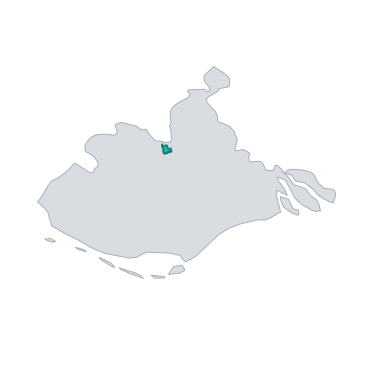 Lingewaard, Gelderland, Netherlands (highlighted), rotated 212°
{"feature_id": "6326949B2884966550009", "entity_name": "Lingewaard", "entity_type": "district", "adm_level": 2, "iso_a3": "NLD", "parent_name": "Netherlands", "parent_adm1": "Gelderland", "projection": "equal_earth", "projection_center": [5.93, 51.907], "detail": "fine", "context": "in_parent", "style": "filled", "palette": "teal", "viewbox_px": 384, "rotation_deg": 212, "n_neighbors": 0, "source": "geoboundaries", "source_scale": "gbopen_adm2", "svg_char_len": 4893}
<svg xmlns="http://www.w3.org/2000/svg" viewBox="0 0 384 384"><g transform="rotate(212 192 192)"><path d="M240.0,309.9L233.3,309.8L227.0,309.6L223.7,309.2L220.2,307.9L218.5,305.3L216.6,302.1L217.1,300.2L223.0,294.7L223.9,293.2L223.3,292.4L223.9,290.0L228.4,281.9L229.0,278.6L227.0,276.3L224.1,275.0L214.6,272.6L210.1,269.2L208.1,266.2L206.0,265.4L202.9,266.4L195.1,267.5L188.7,265.9L181.3,260.3L179.5,255.3L178.7,251.4L176.8,250.1L174.3,252.1L171.1,255.2L164.8,255.5L163.0,254.8L162.7,253.1L162.3,251.4L160.6,249.4L158.8,248.3L150.7,254.0L147.8,254.0L144.0,251.8L142.2,249.6L138.1,250.9L134.4,253.5L135.6,258.6L133.6,259.5L129.1,259.0L123.9,256.9L118.2,255.7L109.6,252.2L97.4,255.0L89.1,251.7L82.1,251.4L77.8,248.7L73.2,244.2L76.5,241.2L79.8,240.2L92.6,239.6L101.8,241.4L118.4,251.2L122.7,251.1L127.2,249.9L124.9,247.2L120.8,245.9L114.6,243.3L109.6,239.6L121.3,238.4L119.7,236.5L118.2,233.2L106.1,221.9L108.2,218.8L111.4,212.2L115.3,206.7L118.4,205.3L123.4,201.4L134.5,190.1L141.5,180.9L146.8,170.0L154.6,140.0L156.9,135.0L160.6,129.3L165.1,130.4L168.3,132.0L179.5,127.8L198.8,116.8L204.5,107.2L210.0,102.8L232.1,94.2L244.3,91.7L263.0,91.0L276.6,89.5L292.9,88.9L299.1,94.2L302.7,98.1L308.5,100.2L317.5,101.7L317.1,109.4L317.3,124.6L316.6,127.3L312.6,133.7L308.4,145.3L307.3,152.9L306.1,154.4L288.9,154.3L286.4,155.7L286.1,157.3L287.0,159.3L286.6,161.2L285.2,162.8L286.0,165.3L289.0,168.2L294.4,170.0L300.3,170.2L303.2,169.8L305.5,171.9L307.6,175.1L307.5,179.1L306.7,184.4L304.0,189.4L296.1,195.1L292.5,197.1L289.2,198.1L287.6,199.7L286.8,201.6L287.0,203.3L292.7,207.9L292.6,208.9L290.9,211.3L288.8,213.6L274.1,218.3L268.1,217.9L264.6,220.3L263.6,220.7L259.7,218.6L251.2,216.1L248.0,216.9L246.2,218.3L240.8,219.9L237.0,222.5L237.0,225.8L243.8,234.4L246.2,236.1L246.3,239.3L249.6,243.4L253.0,248.5L253.4,251.7L253.0,254.9L251.2,259.6L245.3,270.4L245.3,272.5L245.8,274.1L247.8,274.5L249.3,275.4L248.9,276.8L237.8,284.4L236.3,285.7L231.7,285.3L231.0,286.6L231.6,288.6L233.4,290.4L237.4,291.3L240.8,293.3L243.5,297.0L240.0,309.9ZM123.9,256.9L122.9,260.1L120.4,263.5L111.6,268.5L102.5,271.8L97.8,271.4L94.6,269.7L92.9,267.9L88.1,266.1L81.4,265.3L77.3,267.1L74.3,268.9L71.7,268.6L69.8,267.1L68.3,264.9L66.5,257.7L71.4,256.4L82.2,255.9L90.5,258.4L101.4,259.6L109.8,256.2L116.4,259.1L123.9,256.9ZM106.2,227.7L112.5,232.2L113.8,233.7L114.3,235.2L106.2,237.0L97.6,231.5L91.9,232.8L89.8,230.2L89.8,228.5L95.7,227.2L106.2,227.7ZM168.2,118.8L161.8,124.6L157.9,123.0L156.8,121.7L158.8,117.2L168.3,109.7L168.2,118.8ZM196.8,93.4L190.8,94.0L188.0,92.9L202.5,89.7L211.7,88.7L213.3,89.2L196.8,93.4ZM235.7,87.5L223.0,88.8L218.7,87.8L218.0,86.9L221.4,86.3L232.3,86.2L235.6,87.0L235.7,87.5ZM182.7,99.6L170.8,105.6L169.7,104.6L177.5,99.5L182.7,99.6ZM287.6,77.5L281.6,77.8L283.3,75.7L288.8,74.1L291.8,74.1L287.6,77.5ZM261.7,83.3L252.7,86.0L250.5,85.5L251.1,84.7L259.0,83.0L261.7,83.3Z" fill="#d9dde1" stroke="#a8b0b8" stroke-width="1"/><path d="M233.6,211.7L233.5,211.8L233.4,211.9L233.4,212.0L233.2,212.2L233.1,212.4L233.2,212.5L233.6,212.8L233.4,213.0L233.4,213.3L233.3,213.5L233.2,213.8L232.9,213.8L232.7,213.8L232.4,213.8L232.2,213.8L232.0,214.0L232.0,214.3L232.2,214.5L231.9,214.7L231.7,214.7L231.4,214.7L231.0,214.7L231.0,214.8L231.0,215.0L231.0,215.4L231.0,215.5L231.1,215.4L231.2,215.5L231.3,215.4L231.5,215.4L231.7,215.5L231.8,215.5L231.9,215.4L232.0,215.5L232.1,215.8L232.1,216.0L232.2,216.4L232.3,216.4L232.3,216.5L232.4,216.8L232.4,217.0L232.5,217.0L232.7,217.3L232.7,217.2L232.8,217.2L232.8,217.3L233.0,217.3L233.2,217.1L233.3,217.1L233.5,216.9L234.0,216.8L234.4,216.7L234.7,216.6L235.0,216.6L235.3,216.6L235.9,216.7L236.1,216.7L236.2,216.8L236.5,217.1L236.7,217.4L237.0,217.7L237.1,217.8L237.3,218.0L237.6,218.1L237.8,218.2L238.0,218.2L238.3,218.2L238.5,218.2L238.8,218.1L238.9,217.9L239.1,217.8L239.1,217.7L239.3,217.3L239.3,217.2L239.6,216.8L239.6,216.7L239.8,216.6L240.0,216.4L240.3,216.2L240.6,216.1L240.8,216.0L241.1,216.0L241.3,216.0L241.6,216.1L241.9,216.3L242.1,216.4L242.2,216.5L242.3,216.6L242.6,216.7L243.0,216.8L243.3,216.9L243.1,216.8L243.0,216.7L242.9,216.7L242.7,216.5L242.6,216.4L242.4,216.3L242.4,216.2L242.2,216.0L242.2,215.9L242.1,215.7L242.0,215.3L241.9,215.1L241.8,214.9L241.7,214.8L241.7,214.7L241.4,214.5L241.3,214.4L241.2,214.4L240.6,214.1L240.4,214.0L240.2,213.9L239.9,213.8L239.9,213.7L239.7,213.6L239.5,213.4L239.4,213.4L239.3,213.2L239.2,213.1L239.1,212.9L238.9,212.7L238.7,212.5L238.6,212.4L238.4,212.3L238.3,212.2L238.5,212.1L238.5,211.9L238.4,211.9L238.3,211.7L238.2,211.7L238.1,211.3L237.8,211.3L237.8,211.2L237.7,211.0L237.7,210.9L237.6,210.7L237.4,210.5L237.3,210.4L237.2,210.4L236.8,210.1L236.7,210.1L236.4,209.9L236.2,209.7L235.9,209.6L235.8,209.8L235.8,210.0L235.7,210.2L235.7,210.3L235.4,210.3L234.9,210.3L234.7,210.5L234.6,210.8L234.4,211.0L234.2,211.3L234.1,211.5L233.9,211.7L233.7,211.7L233.6,211.7Z" fill="#14b8a6" stroke="#0f766e" stroke-width="1.5"/></g></svg>